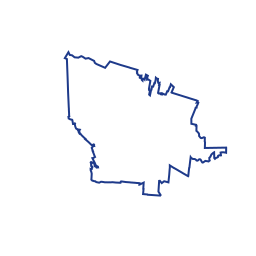 Suseni, Arges, Romania (Mercator projection), rotated 127°
{"feature_id": "2599482B85414360920749", "entity_name": "Suseni", "entity_type": "district", "adm_level": 2, "iso_a3": "ROU", "parent_name": "Romania", "parent_adm1": "Arges", "projection": "mercator", "projection_center": [24.957, 44.701], "detail": "fine", "context": "isolated", "style": "outline", "palette": "blue", "viewbox_px": 256, "rotation_deg": 127, "n_neighbors": 0, "source": "geoboundaries", "source_scale": "gbopen_adm2", "svg_char_len": 5222}
<svg xmlns="http://www.w3.org/2000/svg" viewBox="0 0 256 256"><g transform="rotate(127 128 128)"><path d="M106.3,43.8L106.2,43.5L105.6,43.4L105.0,43.3L104.8,43.2L104.3,43.9L104.0,44.2L102.9,45.1L102.5,45.0L102.1,45.0L101.3,44.9L101.2,44.9L101.0,45.0L100.9,45.0L100.6,45.1L99.7,45.3L99.2,45.4L98.8,45.4L98.2,45.3L96.7,45.0L96.3,44.9L96.1,44.8L95.8,44.7L95.6,44.6L99.1,41.8L100.1,41.0L100.3,40.0L99.7,39.9L99.2,39.8L98.8,39.7L98.6,39.5L98.5,39.4L98.3,39.3L98.1,39.2L97.8,39.0L97.1,38.7L96.0,39.3L95.5,39.1L95.3,39.0L94.8,38.6L94.5,37.9L93.9,37.3L92.9,38.3L92.4,38.8L91.9,39.3L91.4,38.9L90.8,38.3L90.7,38.2L90.5,37.8L90.1,37.4L89.6,36.5L89.5,36.3L89.4,36.2L89.2,35.7L88.8,35.1L88.7,34.8L86.2,36.6L84.7,37.7L84.6,37.8L97.7,54.6L92.9,58.0L92.7,58.5L89.5,60.8L89.7,61.8L91.7,63.0L92.2,64.0L91.6,66.4L90.4,67.3L89.7,68.1L89.2,70.4L89.1,71.7L85.1,74.5L85.4,75.2L84.5,75.6L86.5,79.9L82.5,83.0L73.1,85.5L72.0,85.8L71.4,86.1L71.0,86.2L70.4,85.5L69.2,86.2L68.9,86.3L67.5,86.5L66.8,86.7L65.4,87.1L65.4,87.4L65.9,88.0L66.3,88.4L64.5,88.6L64.7,89.8L66.9,95.9L73.5,114.4L73.5,114.6L67.8,116.0L67.3,120.1L70.1,119.0L70.4,119.3L73.5,118.4L74.6,118.1L75.0,118.8L78.6,117.9L79.1,118.6L79.7,121.2L80.6,120.8L81.0,121.4L81.3,122.1L80.3,122.5L81.5,123.8L82.0,124.3L81.9,125.1L74.6,128.7L74.9,129.1L72.9,130.0L73.6,130.6L73.4,130.8L73.6,131.2L72.2,132.7L70.7,133.6L71.2,134.8L71.1,136.0L72.9,134.9L76.0,133.5L76.2,134.0L79.8,132.8L80.4,133.8L82.9,132.5L83.0,132.8L88.7,130.1L88.6,131.2L85.2,132.8L85.1,133.9L84.2,134.8L76.9,138.5L77.0,141.0L77.9,141.9L76.5,142.7L76.6,142.9L74.3,143.6L74.6,145.8L79.2,143.9L78.9,144.9L79.6,145.6L80.1,145.3L80.4,145.5L81.4,144.9L81.3,145.9L80.1,147.2L80.8,148.8L80.5,149.1L79.5,148.7L79.1,148.2L78.0,148.8L79.2,150.2L79.5,152.4L78.5,153.7L78.6,153.9L77.9,154.3L77.8,154.7L75.9,155.3L78.8,162.9L78.8,163.1L82.2,172.1L85.7,182.4L93.7,182.5L95.9,191.8L95.9,192.0L95.9,193.8L94.8,195.4L95.9,201.6L98.2,203.7L98.2,204.3L98.4,207.2L98.8,208.6L101.7,210.0L103.7,213.2L103.6,216.4L104.7,218.5L103.3,221.2L110.2,220.5L109.7,218.3L124.3,206.4L135.7,197.2L147.2,187.7L148.1,186.9L148.9,186.3L149.6,185.7L152.1,183.6L153.3,182.7L154.0,181.9L154.5,182.1L155.0,182.3L155.7,181.4L156.1,181.1L156.0,180.6L155.9,179.6L155.6,178.7L155.1,177.8L155.1,177.4L155.2,177.2L157.9,174.3L157.4,173.7L156.3,173.3L156.3,173.0L156.8,172.9L158.3,171.3L158.8,170.6L159.5,169.5L159.7,168.8L159.7,168.7L159.4,167.8L160.1,166.2L158.8,166.3L158.6,165.9L158.4,165.5L159.8,165.4L159.8,164.9L161.1,164.7L161.7,163.2L161.1,163.0L161.7,160.7L162.1,157.5L162.3,155.3L162.7,155.4L162.8,153.6L163.0,150.9L163.6,146.3L162.0,145.7L161.7,145.5L161.8,145.0L162.1,144.9L162.7,144.2L163.0,144.7L163.3,144.8L164.1,144.9L164.7,144.9L165.3,144.9L165.7,145.0L166.4,143.9L167.6,142.0L167.8,142.2L169.3,139.7L170.7,137.5L171.0,136.9L172.7,137.6L173.5,138.3L174.4,136.5L174.6,136.1L175.2,134.9L175.9,133.4L176.6,132.3L177.3,131.0L177.1,129.6L177.0,129.0L177.0,128.7L177.4,128.3L177.5,128.5L178.0,128.7L178.1,128.8L178.4,129.0L178.5,129.3L178.3,129.7L178.3,130.3L178.4,130.8L178.5,131.5L178.4,131.8L178.2,131.9L177.9,132.2L177.8,132.3L177.6,132.3L177.5,132.2L177.4,132.3L177.3,132.5L177.2,132.7L177.2,132.9L176.9,133.5L176.7,133.7L176.6,133.9L176.3,134.4L176.2,134.8L176.3,135.1L176.6,135.2L177.0,135.2L177.2,135.3L177.4,135.5L177.2,135.9L177.2,136.1L177.4,137.0L177.8,137.1L178.1,137.0L178.5,136.1L179.4,135.5L179.6,135.1L179.8,135.0L180.1,134.9L180.5,134.6L180.6,134.4L180.6,134.2L180.4,133.9L180.4,133.4L180.7,132.9L181.0,132.7L181.5,132.8L182.0,132.5L182.3,132.4L182.7,132.2L182.8,132.3L183.0,132.5L183.2,133.2L184.2,132.4L185.2,130.8L186.3,129.5L189.7,127.2L191.3,126.2L191.5,125.1L191.5,124.7L191.1,124.0L190.9,123.2L190.2,121.9L190.3,121.3L190.3,120.8L189.0,118.1L187.2,117.2L186.6,116.3L185.9,115.0L185.3,113.8L185.0,113.4L184.6,112.9L184.1,112.2L182.7,110.3L182.5,110.1L182.3,109.8L181.6,108.9L180.5,107.6L178.9,104.9L178.4,104.2L178.2,103.9L177.4,102.7L176.3,101.1L176.1,101.0L175.2,101.5L174.9,101.4L174.5,100.9L174.3,100.5L173.9,99.8L173.8,99.6L172.8,97.8L172.6,97.4L171.7,96.0L170.6,94.3L170.3,93.8L170.1,93.5L169.8,92.9L169.5,92.5L169.1,91.9L168.8,91.4L168.7,91.2L167.9,90.0L167.8,89.8L167.7,89.7L166.5,87.7L165.6,86.4L165.1,85.5L166.4,84.8L166.3,84.7L165.1,84.1L163.7,83.4L162.2,82.6L167.4,79.2L167.3,78.9L171.7,76.2L169.4,72.5L169.5,72.2L162.2,61.0L162.2,60.9L160.5,65.4L151.5,71.3L151.0,70.8L151.4,69.1L151.7,67.9L148.8,67.1L148.6,66.7L147.1,63.0L140.6,66.9L136.2,69.7L134.4,70.8L132.7,72.1L132.4,68.2L132.3,67.1L132.2,67.0L132.0,65.1L131.9,64.6L131.8,63.7L131.8,63.4L131.7,62.9L131.6,61.6L131.5,61.0L131.3,59.4L131.3,59.1L131.2,58.6L131.1,57.3L130.4,51.6L130.3,50.9L130.2,50.9L127.4,52.6L125.2,53.9L123.0,55.2L122.7,55.1L120.7,56.3L120.0,56.7L115.0,59.6L113.6,60.4L113.8,59.8L113.8,59.1L113.8,58.5L113.8,57.8L113.6,57.5L113.3,57.0L112.8,56.3L112.6,55.8L112.5,55.4L112.5,54.9L112.5,54.4L112.7,53.8L112.6,53.6L112.6,53.4L112.4,53.0L112.1,52.8L111.7,52.6L111.1,52.5L110.4,52.4L110.1,52.2L109.8,51.9L109.6,51.5L109.6,51.0L109.7,50.6L110.1,49.8L110.5,48.9L110.7,48.3L110.8,47.8L110.5,47.4L110.0,47.2L109.1,46.9L108.2,46.6L107.8,46.5L107.7,46.2L107.3,45.6L106.9,44.9L106.5,44.1L106.4,43.9L106.3,43.8Z" fill="none" stroke="#1e3a8a" stroke-width="2"/></g></svg>